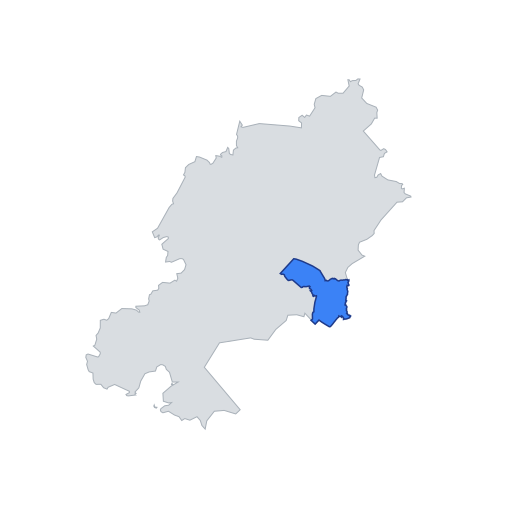 location of South Kazakhstan within Kazakhstan, rotated 311°
{"feature_id": "KAZ-3251", "entity_name": "South Kazakhstan", "entity_type": "Region", "adm_level": 1, "iso_a3": "KAZ", "parent_name": "Kazakhstan", "parent_adm1": "", "projection": "albers", "projection_center": [68.818, 43.271], "detail": "fine", "context": "in_parent", "style": "filled", "palette": "blue", "viewbox_px": 512, "rotation_deg": 311, "n_neighbors": 0, "source": "natural_earth", "source_scale": "10m", "svg_char_len": 7751}
<svg xmlns="http://www.w3.org/2000/svg" viewBox="0 0 512 512"><g transform="rotate(311 256 256)"><path d="M298.8,341.8L296.2,343.0L294.8,345.1L292.9,344.5L289.4,348.4L278.8,354.5L272.3,362.8L272.2,366.7L270.4,366.7L266.2,363.8L266.9,360.5L264.9,357.9L251.0,358.0L248.9,345.6L243.4,345.2L244.9,330.4L241.6,332.0L238.4,325.3L232.2,318.9L227.1,321.1L213.6,319.1L200.2,320.2L192.0,309.2L190.7,305.7L166.5,285.4L138.1,290.0L129.6,344.9L123.5,344.3L118.6,333.3L111.5,326.4L99.3,327.0L92.0,331.2L92.6,326.4L95.3,321.9L96.0,316.9L88.7,313.8L86.6,308.9L83.1,307.9L84.2,303.3L82.5,298.8L81.4,291.8L76.6,288.6L76.2,286.4L77.1,284.8L78.4,284.4L83.1,285.4L86.1,288.0L90.0,288.4L87.8,286.5L85.6,281.4L91.3,275.8L101.9,277.3L109.8,279.9L106.0,275.5L111.5,267.0L111.6,262.7L113.2,260.0L112.7,257.0L111.5,255.3L107.2,253.9L103.2,255.6L98.5,251.5L94.3,249.4L85.9,251.1L79.6,254.1L73.9,253.9L73.6,255.6L72.9,255.0L72.0,255.6L72.1,256.3L66.6,251.4L65.8,250.0L66.2,248.7L69.8,250.1L70.8,249.2L66.3,233.6L59.9,230.5L57.8,230.9L56.6,227.4L57.4,223.1L54.2,219.5L54.3,217.0L56.2,213.9L60.7,209.7L59.3,206.0L60.0,204.0L63.0,199.4L66.0,197.9L67.8,194.1L70.0,192.7L71.8,193.5L75.8,202.6L76.6,203.3L80.1,202.6L81.2,201.5L81.3,192.3L83.0,192.9L88.7,190.4L91.1,187.4L94.3,187.4L99.5,185.7L105.3,180.7L108.5,182.7L109.6,185.5L112.1,185.9L118.5,183.8L121.1,187.8L128.3,189.2L134.7,197.0L136.7,201.3L136.6,204.3L137.3,205.2L138.5,203.5L138.3,199.1L139.3,198.3L145.3,204.6L148.2,206.3L152.0,204.9L153.2,203.1L156.9,201.0L158.1,201.7L162.0,201.0L165.7,204.2L167.8,203.9L169.9,201.7L174.8,202.8L179.1,208.9L184.5,210.6L184.9,212.6L187.9,211.6L190.7,207.8L193.9,210.7L198.9,211.0L203.5,208.9L205.8,203.6L205.6,202.1L204.0,200.2L195.8,196.3L195.2,194.4L192.1,191.7L196.1,189.2L198.4,189.0L201.7,186.6L200.2,181.4L203.1,177.2L211.6,178.4L212.7,177.5L212.2,176.0L209.1,173.9L204.9,172.7L204.7,171.9L205.4,170.3L208.3,169.4L207.8,168.6L205.7,168.8L203.4,167.5L206.2,161.9L212.4,163.5L235.7,158.6L239.9,158.6L241.3,159.5L242.8,157.0L245.0,155.5L251.7,155.0L269.1,150.8L269.9,149.7L269.6,148.1L272.4,147.5L276.4,144.8L281.0,145.2L287.1,148.0L292.0,145.8L293.6,148.4L296.2,156.1L296.0,159.6L295.2,161.2L295.6,161.9L297.8,162.6L303.8,161.7L305.4,159.8L307.3,162.8L308.0,165.4L309.2,164.6L308.9,163.2L309.4,162.5L312.1,162.8L315.1,164.8L319.4,163.4L319.2,165.0L316.0,168.5L315.9,170.1L317.1,172.3L321.1,169.5L324.3,170.0L325.7,171.2L326.5,168.8L329.8,165.9L333.2,164.6L334.5,163.4L334.9,161.6L347.1,155.3L345.8,159.8L343.7,159.9L344.5,161.8L358.1,171.6L376.2,196.2L382.5,206.2L386.3,203.1L386.1,199.5L388.6,197.5L392.5,198.5L392.5,201.8L395.5,201.6L396.7,204.7L406.6,203.3L408.7,200.4L414.1,197.9L420.3,200.2L425.3,207.4L432.2,208.8L432.8,211.3L435.9,214.9L445.4,214.8L449.3,209.7L450.1,210.7L449.5,212.9L451.5,213.6L454.0,216.2L456.5,216.7L457.8,218.4L452.9,220.1L452.5,221.9L453.2,225.4L452.0,228.3L444.6,232.1L443.8,239.5L447.1,249.0L445.9,252.1L443.5,253.1L439.5,257.0L437.9,255.1L431.3,256.4L420.7,255.0L417.3,279.9L417.6,281.0L420.8,282.0L421.3,283.9L420.6,286.6L417.7,285.6L414.5,287.0L411.4,284.6L394.9,292.3L393.1,294.4L394.6,295.5L397.4,295.0L400.0,296.0L398.9,298.6L399.9,305.5L404.2,313.0L404.9,316.8L406.5,318.8L406.3,319.8L404.8,319.6L402.5,321.2L402.5,322.3L404.5,323.5L401.0,326.1L400.8,327.8L402.7,333.5L402.2,334.3L398.6,331.4L393.0,331.0L389.1,327.1L365.2,326.7L352.6,328.4L350.5,330.4L347.5,330.3L341.3,328.7L334.3,325.1L331.5,326.0L327.4,329.2L326.2,335.4L327.2,338.2L313.4,333.6L307.6,332.8L302.1,334.3L298.2,340.4L298.8,341.8ZM76.8,280.5L75.8,280.6L75.1,278.8L75.7,277.3L76.8,276.9L75.6,278.7L76.8,280.5ZM104.6,277.7L103.8,277.3L103.5,276.5L104.7,276.1L104.6,277.7Z" fill="#d9dde1" stroke="#a8b0b8" stroke-width="1"/><path d="M298.1,340.4L297.9,340.7L297.7,340.9L297.8,341.2L298.3,341.6L298.5,341.7L298.8,341.8L298.5,342.1L298.1,342.4L297.9,342.5L297.7,342.6L297.2,342.7L296.7,342.6L296.4,342.7L296.3,342.8L296.3,343.0L296.2,343.1L296.1,343.3L295.9,343.5L295.7,343.9L295.5,344.2L295.4,344.5L295.3,344.8L295.2,345.0L294.9,345.3L294.6,345.4L294.4,345.3L294.2,345.2L294.0,344.9L294.0,344.7L293.9,344.6L293.7,344.4L293.4,344.3L293.4,344.2L292.8,344.5L292.3,344.7L292.0,345.0L291.8,345.2L291.7,345.5L291.5,345.8L291.5,346.1L291.4,346.1L291.2,346.3L290.9,346.4L290.8,346.5L290.7,346.5L290.2,347.3L289.8,348.0L289.7,348.2L289.6,348.4L289.1,348.7L288.6,349.1L288.3,349.2L288.0,349.3L287.9,349.4L287.8,349.5L287.7,349.7L287.5,349.9L287.3,350.1L287.1,350.2L286.9,350.3L286.2,350.3L285.6,350.4L284.9,350.6L284.1,350.8L283.9,351.0L283.7,351.2L283.6,351.3L283.0,351.8L282.4,352.3L282.1,352.4L281.8,352.5L281.7,352.6L281.4,352.9L281.4,353.1L281.4,353.3L281.5,353.4L281.6,353.6L281.6,353.8L281.1,353.8L280.8,353.7L280.7,353.7L280.6,353.8L280.4,353.9L280.2,354.1L279.9,354.0L279.7,354.0L279.2,354.2L278.9,354.4L278.8,354.5L278.6,354.7L278.6,354.8L278.5,355.0L278.4,354.9L278.2,354.9L278.1,355.0L277.8,355.1L277.6,355.2L277.5,355.3L277.4,355.4L277.4,355.5L277.5,355.6L277.6,355.8L277.7,356.1L277.6,356.9L277.5,357.6L277.4,357.8L277.2,358.0L276.8,358.3L276.6,358.4L276.4,358.5L276.2,358.5L275.9,358.5L275.7,358.6L275.5,358.8L275.4,359.1L275.3,359.3L274.9,359.5L274.5,359.6L274.3,359.8L274.2,360.0L274.0,360.6L273.7,361.2L273.6,361.4L273.5,361.5L273.2,361.7L272.8,361.8L272.6,361.9L272.5,362.0L272.4,362.2L272.4,362.4L272.2,362.3L272.2,362.6L272.2,362.8L272.1,363.0L271.9,363.3L271.9,363.5L272.0,364.1L272.0,364.7L272.1,364.9L272.1,365.0L272.3,365.2L272.6,365.3L272.6,365.5L272.7,365.8L272.8,366.0L272.6,366.3L272.5,366.6L272.7,366.8L272.4,367.0L272.2,367.0L271.9,366.9L271.6,366.7L271.4,366.8L271.3,367.0L271.2,367.0L270.9,367.2L269.5,366.5L268.6,366.0L268.2,365.8L267.8,365.5L267.4,365.2L266.9,364.7L266.4,364.1L266.2,364.0L266.0,363.9L265.8,363.9L265.6,363.8L265.5,363.7L265.8,363.5L266.1,363.4L266.2,363.2L266.3,363.1L266.5,363.0L266.5,362.9L266.6,362.7L266.8,362.2L267.0,361.7L267.0,361.2L267.0,360.9L266.9,360.9L266.8,360.7L267.0,360.6L267.1,360.4L267.0,360.2L267.0,359.9L266.9,359.9L266.7,359.9L266.7,360.1L266.6,360.3L266.5,360.2L266.4,360.1L266.2,360.1L266.0,360.3L266.0,360.2L265.9,360.0L265.8,359.7L265.8,359.4L265.7,359.3L265.7,359.2L265.4,358.8L265.2,358.5L265.2,358.4L265.0,358.1L265.0,357.9L264.8,358.0L264.7,358.1L264.3,358.3L264.0,358.5L263.9,358.5L263.7,358.5L263.5,358.4L263.3,358.3L263.1,358.2L262.9,358.1L261.3,358.2L259.9,358.2L258.9,358.3L257.5,358.3L256.3,358.4L254.6,358.5L253.5,358.5L252.2,358.5L251.7,358.4L251.2,358.3L251.0,358.0L250.7,357.6L250.3,355.4L249.9,353.2L249.6,351.3L249.3,349.4L249.1,347.5L249.0,345.6L248.9,345.6L248.7,345.5L247.3,345.5L246.1,345.4L244.9,345.4L243.5,345.3L243.4,345.3L243.4,345.2L243.5,342.2L243.6,339.7L244.7,339.9L245.5,340.0L249.1,336.7L250.8,335.9L251.8,336.3L254.2,334.3L259.7,330.8L265.1,328.2L265.6,327.7L265.3,327.5L264.6,326.8L264.5,325.8L264.1,325.7L264.1,325.2L263.7,325.4L263.4,326.6L263.2,325.1L264.2,324.2L264.5,322.9L265.3,321.5L265.4,319.9L266.5,320.6L266.9,319.4L266.8,318.4L266.5,317.8L267.3,316.9L268.3,316.9L268.3,315.9L265.8,314.0L264.7,312.7L264.6,312.3L264.0,311.8L263.4,311.5L262.9,311.6L261.9,310.8L261.9,299.3L261.1,298.2L259.7,297.3L258.7,296.4L258.8,294.7L259.5,291.1L260.4,289.7L260.0,288.2L258.9,287.3L258.7,285.8L278.7,286.3L280.0,288.4L282.4,294.5L285.6,305.5L286.8,312.9L286.9,314.1L286.6,314.6L284.0,322.6L283.1,324.0L282.8,324.4L283.4,324.6L283.8,325.0L283.7,325.7L284.4,326.7L284.9,326.9L286.0,327.3L287.0,327.3L287.5,327.5L288.3,327.9L289.2,328.2L289.4,329.2L289.8,329.6L290.2,329.5L290.5,329.8L290.3,330.3L290.9,330.8L290.8,331.2L291.0,331.8L290.9,332.9L291.1,334.2L291.7,335.1L292.5,335.3L293.0,335.5L293.7,336.1L294.2,336.8L294.6,337.3L295.1,337.5L296.3,338.8L297.1,339.1L297.2,339.5L297.4,339.7L297.5,339.9L298.1,340.4L298.1,340.4Z" fill="#3b82f6" stroke="#1e3a8a" stroke-width="1.5"/></g></svg>